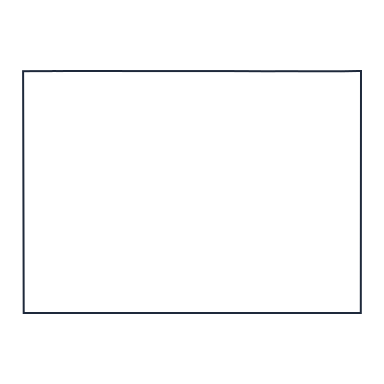 the district of Emmet, Iowa, United States of America
{"feature_id": "52423323B99839165344534", "entity_name": "Emmet", "entity_type": "district", "adm_level": 2, "iso_a3": "USA", "parent_name": "United States of America", "parent_adm1": "Iowa", "projection": "mercator", "projection_center": [-94.714, 43.378], "detail": "fine", "context": "isolated", "style": "outline", "palette": "slate", "viewbox_px": 384, "rotation_deg": 0, "n_neighbors": 0, "source": "geoboundaries", "source_scale": "gbopen_adm2", "svg_char_len": 309}
<svg xmlns="http://www.w3.org/2000/svg" viewBox="0 0 384 384"><path d="M360.8,313.0L361.0,71.0L358.0,71.0L341.2,71.3L276.4,71.2L273.0,71.3L237.0,71.1L66.1,71.0L63.7,71.0L62.0,71.1L53.1,71.0L52.0,71.1L42.6,71.1L23.1,71.2L23.5,228.0L23.7,313.0L360.8,313.0Z" fill="none" stroke="#1e293b" stroke-width="2"/></svg>